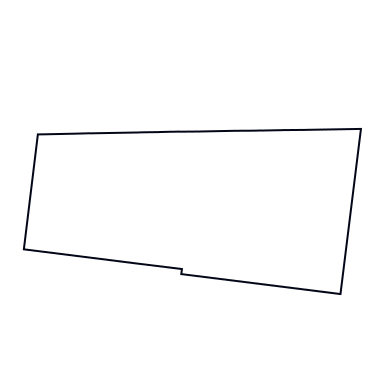 the district of Adair, Oklahoma, United States of America, rotated 277°
{"feature_id": "52423323B59110128996331", "entity_name": "Adair", "entity_type": "district", "adm_level": 2, "iso_a3": "USA", "parent_name": "United States of America", "parent_adm1": "Oklahoma", "projection": "orthographic", "projection_center": [-94.555, 35.9], "detail": "fine", "context": "isolated", "style": "outline", "palette": "ink", "viewbox_px": 384, "rotation_deg": 277, "n_neighbors": 0, "source": "geoboundaries", "source_scale": "gbopen_adm2", "svg_char_len": 638}
<svg xmlns="http://www.w3.org/2000/svg" viewBox="0 0 384 384"><g transform="rotate(277 192 192)"><path d="M230.4,32.0L114.6,32.1L114.3,145.5L114.3,191.4L109.2,191.4L108.8,351.8L275.2,352.0L267.7,298.5L267.4,296.6L265.0,278.3L264.8,276.6L264.2,272.7L262.0,257.3L261.7,255.2L261.3,251.7L261.1,251.0L260.9,249.4L260.0,242.8L259.3,237.2L258.7,232.7L257.7,225.2L252.8,191.0L250.2,171.2L250.2,170.9L250.3,170.8L250.1,170.0L249.4,165.2L249.3,164.2L247.5,152.0L247.4,151.7L245.6,138.4L244.8,132.9L244.2,129.4L243.8,126.2L237.8,83.7L237.8,83.1L235.6,68.5L231.2,38.0L230.4,32.1L230.4,32.0Z" fill="none" stroke="#020617" stroke-width="2"/></g></svg>